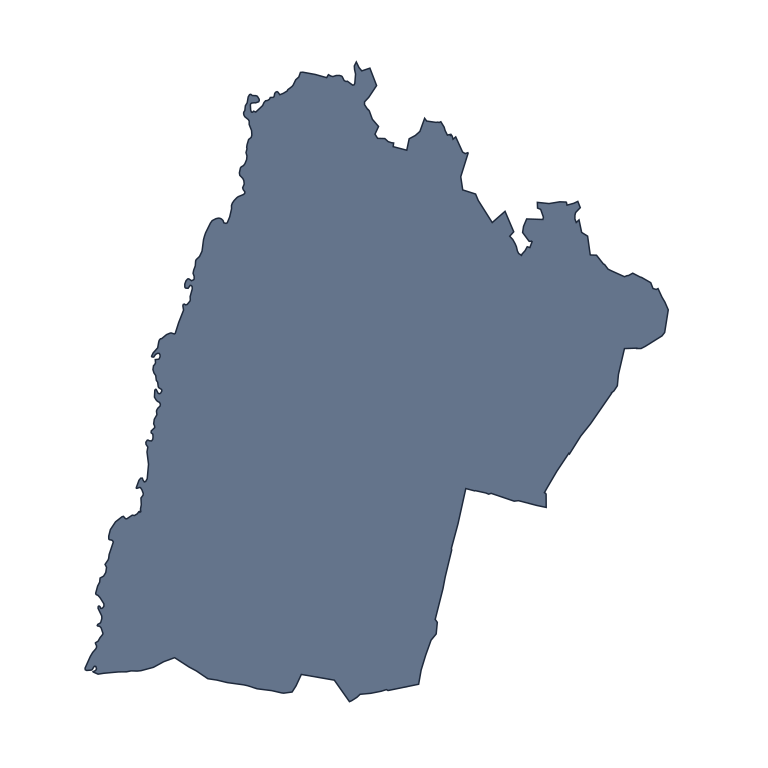 Kantinieku pag., Rezeknes, Latvia (Natural Earth projection), rotated 94°
{"feature_id": "27541924B86344078338923", "entity_name": "Kantinieku pag.", "entity_type": "district", "adm_level": 2, "iso_a3": "LVA", "parent_name": "Latvia", "parent_adm1": "Rezeknes", "projection": "natural_earth1", "projection_center": [27.111, 56.59], "detail": "fine", "context": "isolated", "style": "filled", "palette": "slate", "viewbox_px": 768, "rotation_deg": 94, "n_neighbors": 0, "source": "geoboundaries", "source_scale": "gbopen_adm2", "svg_char_len": 6137}
<svg xmlns="http://www.w3.org/2000/svg" viewBox="0 0 768 768"><g transform="rotate(94 384 384)"><path d="M290.2,105.6L282.7,109.5L277.9,112.8L269.7,117.3L270.7,119.0L270.0,122.3L264.3,125.0L259.7,134.5L259.4,136.0L256.1,143.6L258.7,147.6L259.0,149.2L260.2,151.6L255.2,165.1L253.8,168.5L249.4,172.3L249.0,173.5L240.7,181.0L240.9,187.0L240.7,187.3L222.3,191.2L219.0,197.4L206.7,200.9L209.5,203.5L206.0,205.1L202.3,205.3L199.6,204.8L194.4,200.5L188.3,203.4L190.5,207.3L192.8,213.9L190.0,214.7L189.8,215.1L190.0,221.4L192.5,232.0L192.1,243.7L197.8,243.1L198.8,240.1L199.3,239.7L206.5,236.6L208.8,237.0L209.4,253.2L217.0,255.8L223.2,256.3L231.4,249.3L231.6,248.3L231.2,246.8L231.7,246.2L237.7,248.0L237.1,250.7L241.2,252.6L244.8,255.4L246.1,255.8L244.4,258.8L242.0,260.2L237.8,261.5L234.9,263.0L230.9,265.6L227.8,268.9L223.1,265.2L203.3,275.3L215.4,287.3L194.3,302.8L188.1,305.9L184.9,319.0L171.9,321.9L147.9,316.2L147.4,316.5L148.5,319.1L147.1,321.8L132.5,329.7L135.0,332.2L131.9,333.3L130.4,334.6L131.4,335.0L130.6,336.1L131.3,338.1L126.9,340.7L123.6,341.9L118.4,345.6L119.3,347.3L119.0,348.5L119.4,350.4L118.7,359.8L116.1,362.0L129.5,365.8L133.9,370.1L137.6,376.0L149.2,377.6L146.6,391.4L142.9,391.2L142.8,393.3L141.9,396.8L139.1,400.3L139.4,407.5L135.4,410.4L127.5,407.4L120.7,414.1L112.6,417.7L111.2,419.0L111.3,419.4L106.7,422.9L103.9,423.1L99.1,419.2L86.8,412.2L69.9,420.1L73.2,428.0L70.1,431.0L64.7,434.1L68.8,435.8L72.4,435.3L76.8,434.0L86.1,434.1L87.6,434.7L88.1,436.0L84.5,441.7L84.9,443.0L84.1,444.9L80.4,447.1L79.8,447.8L79.3,450.0L79.6,453.3L80.9,456.4L80.5,458.5L79.3,461.0L82.4,462.6L80.0,474.2L78.6,486.8L79.0,489.1L83.7,490.4L86.7,493.3L92.2,495.5L93.6,496.5L97.0,500.4L98.5,501.1L101.1,504.8L102.7,508.1L100.3,510.1L99.8,511.1L100.5,512.5L101.8,513.3L105.0,513.7L105.8,514.6L106.1,517.4L108.0,518.2L109.3,520.0L109.7,521.9L111.5,523.3L114.7,524.5L121.7,530.9L120.9,533.1L122.1,534.1L122.0,535.2L120.1,536.1L114.8,536.8L113.6,536.4L113.0,535.6L112.5,533.1L112.5,531.7L111.2,528.7L109.9,528.2L108.6,528.4L105.8,530.4L105.3,531.9L105.4,535.5L104.3,537.1L104.7,538.3L107.1,539.5L113.0,540.1L116.1,541.7L120.9,541.9L122.7,542.9L124.1,542.9L125.5,542.5L127.1,541.5L129.7,537.8L131.2,536.8L134.5,536.6L140.4,533.8L144.9,533.2L147.3,533.7L149.5,536.1L154.8,537.3L157.5,537.5L158.9,537.1L162.8,537.8L166.1,536.6L169.7,536.7L173.9,538.1L175.9,539.4L177.4,541.6L178.5,542.3L183.5,543.0L185.9,542.4L188.8,539.2L190.9,538.0L194.3,537.4L198.1,538.7L199.9,538.0L202.0,536.2L203.4,536.2L204.7,537.3L207.3,542.5L208.4,543.8L211.4,546.3L214.1,547.9L216.6,548.6L219.8,548.3L228.1,549.6L234.1,551.6L234.8,552.8L234.4,555.0L232.1,556.0L230.7,557.7L230.1,559.3L230.1,560.9L230.8,563.2L233.0,566.8L235.6,568.4L245.6,572.5L249.0,573.4L252.5,574.1L264.2,574.8L269.6,576.9L273.0,580.0L274.3,580.5L279.3,580.5L283.7,581.8L286.9,582.2L289.8,580.9L292.4,580.7L293.3,581.2L294.4,583.2L292.7,586.1L292.9,587.2L294.8,588.7L298.2,589.7L300.8,589.5L301.7,589.2L302.2,588.4L302.2,586.1L299.1,584.2L299.2,583.2L300.1,582.2L302.5,581.9L310.3,583.5L313.7,583.1L314.9,583.4L318.4,585.9L318.9,587.5L318.2,588.7L318.6,589.8L320.1,590.1L324.3,589.1L337.0,593.1L348.1,595.8L348.7,596.6L347.9,600.0L348.3,601.2L349.9,604.4L354.2,608.9L354.5,610.1L354.9,610.5L356.1,611.3L358.1,611.7L363.7,612.3L369.0,616.4L372.5,617.8L373.2,617.3L373.2,615.6L370.4,613.9L369.2,612.0L369.2,610.3L370.7,609.4L372.4,609.3L374.6,610.1L375.0,610.6L375.6,613.9L378.9,613.4L380.7,614.2L381.8,615.2L385.8,615.5L389.1,614.2L391.5,612.3L396.2,611.4L398.0,609.9L402.5,609.0L403.4,608.4L405.0,605.5L406.4,605.1L408.4,606.0L409.3,607.0L409.3,607.7L409.1,608.6L405.3,610.9L405.2,611.4L406.1,612.2L413.1,612.1L415.7,610.3L417.1,608.8L418.0,606.7L419.6,605.7L420.6,605.7L421.7,605.9L423.9,607.9L425.7,608.8L426.9,609.1L430.5,608.4L435.2,610.7L439.8,611.0L441.9,609.9L443.5,609.7L447.0,612.9L448.9,612.9L450.2,611.1L453.0,610.7L455.3,610.8L457.0,611.9L457.0,614.2L456.4,615.4L456.5,616.2L458.7,617.5L460.8,617.2L463.4,615.2L468.3,615.7L480.5,613.3L495.0,613.6L497.9,615.0L498.4,616.3L496.5,617.8L494.8,618.5L494.9,620.1L497.1,621.7L504.7,623.9L505.3,623.7L505.3,623.2L504.2,620.4L504.4,619.7L506.5,618.1L510.0,616.5L511.7,616.6L514.7,618.5L521.4,617.7L525.6,618.2L528.3,617.7L529.0,618.6L528.2,619.1L528.4,619.6L530.7,621.1L532.6,623.7L532.4,626.0L536.3,631.0L536.5,632.0L536.1,632.8L534.2,634.7L534.7,636.1L540.2,642.2L548.3,646.8L554.9,648.0L557.4,647.8L558.2,647.5L558.5,646.9L558.7,644.8L559.2,643.9L560.5,643.0L573.2,646.3L577.1,646.5L578.8,647.0L583.4,649.7L586.2,648.0L591.4,648.4L595.2,650.3L597.4,653.7L601.4,653.8L605.6,655.6L612.7,657.0L613.5,656.9L614.2,656.3L614.8,654.6L616.8,652.5L622.8,648.1L625.2,647.9L626.7,648.8L627.5,649.7L627.6,650.9L626.0,651.7L625.4,652.5L625.5,653.3L626.1,653.6L627.7,653.6L635.1,649.4L637.6,649.1L641.3,649.9L642.2,650.4L643.8,652.8L645.0,653.2L645.4,652.7L645.5,650.8L647.0,649.2L652.3,647.0L653.3,647.1L656.9,649.6L660.5,651.3L662.3,653.8L663.1,653.7L665.2,652.5L666.7,652.4L668.1,652.9L672.1,655.9L676.3,658.0L688.3,662.4L689.9,662.1L690.5,660.6L689.8,656.0L689.4,655.3L686.0,653.4L685.7,652.8L685.9,651.8L687.8,651.0L689.0,651.1L690.2,652.2L691.3,654.2L691.6,654.0L693.4,649.0L692.1,643.3L689.7,628.5L689.1,620.8L687.8,616.2L687.6,610.2L686.9,606.3L682.7,594.2L676.4,584.4L671.6,573.8L680.0,558.6L683.3,551.2L690.3,539.2L691.0,530.1L692.8,519.5L693.9,502.9L694.5,498.9L696.9,489.4L697.7,474.6L699.3,464.6L699.4,462.5L697.7,454.2L691.3,450.7L679.5,446.2L682.9,412.9L703.3,396.3L702.2,394.2L698.3,389.0L695.2,386.2L693.5,375.7L690.7,365.4L688.7,360.3L689.5,358.6L681.1,328.5L666.8,327.0L651.6,323.5L636.3,319.2L629.7,314.5L618.0,314.2L615.3,316.5L584.1,310.9L572.3,309.5L544.9,304.9L543.2,305.3L518.2,300.4L482.6,295.1L484.3,286.1L484.0,285.6L485.6,274.8L486.6,271.9L485.6,269.5L491.8,246.0L491.0,241.7L494.5,223.1L495.8,213.6L482.7,214.6L481.9,215.0L481.2,216.4L475.5,213.7L459.0,205.5L440.2,194.8L440.9,194.1L422.2,184.1L409.3,175.2L377.4,156.3L377.0,156.5L374.8,154.1L369.5,151.1L358.1,150.8L331.9,146.6L330.6,134.4L331.0,134.4L330.7,130.1L328.3,126.1L316.6,110.0L313.0,107.6L290.2,105.6Z" fill="#64748b" stroke="#1e293b" stroke-width="1.5"/></g></svg>